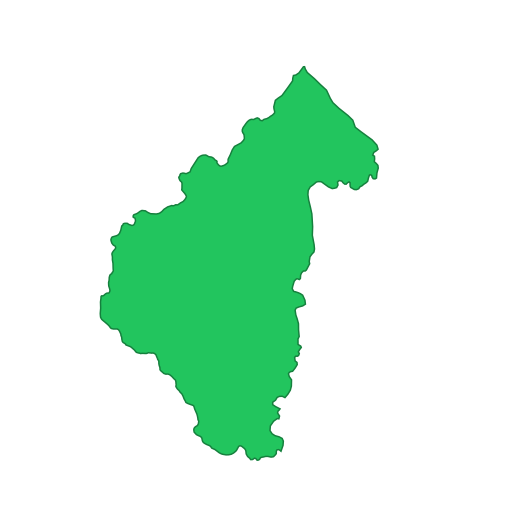 Santa Lucía, Canelones, Uruguay (orthographic projection), rotated 304°
{"feature_id": "84410073B26807855042192", "entity_name": "Santa Lucía", "entity_type": "district", "adm_level": 2, "iso_a3": "URY", "parent_name": "Uruguay", "parent_adm1": "Canelones", "projection": "orthographic", "projection_center": [-56.326, -34.428], "detail": "fine", "context": "isolated", "style": "filled", "palette": "green", "viewbox_px": 512, "rotation_deg": 304, "n_neighbors": 0, "source": "geoboundaries", "source_scale": "gbopen_adm2", "svg_char_len": 6087}
<svg xmlns="http://www.w3.org/2000/svg" viewBox="0 0 512 512"><g transform="rotate(304 256 256)"><path d="M173.2,354.7L174.6,351.0L176.6,348.7L178.2,348.7L179.5,349.4L180.9,350.8L185.0,351.1L189.0,350.9L190.7,349.5L190.9,347.1L193.6,344.7L195.2,345.0L196.3,346.6L197.7,346.9L199.4,346.4L200.2,344.7L202.4,344.5L205.5,344.7L206.3,343.5L206.2,340.3L210.7,337.2L213.4,336.8L218.4,332.7L223.6,329.1L226.9,325.3L229.4,322.0L233.0,318.7L235.2,318.4L237.6,319.9L240.7,322.6L243.7,323.9L246.7,321.3L249.6,316.6L249.6,313.9L249.2,311.6L248.5,309.1L247.7,307.0L249.2,304.3L251.6,303.3L256.4,301.8L258.5,302.0L259.9,302.5L260.4,303.5L260.7,305.1L262.1,305.4L265.3,303.6L267.7,303.2L270.1,303.7L271.0,305.1L272.5,305.6L279.6,304.8L281.2,303.2L285.5,301.2L288.6,301.3L291.7,301.8L294.5,300.6L297.9,297.8L304.7,291.1L311.9,286.6L322.1,278.8L327.0,273.7L331.7,268.5L335.9,264.7L339.6,262.6L343.6,262.3L347.1,263.6L351.1,264.7L352.4,265.9L354.1,268.6L353.8,277.4L354.5,281.5L356.2,283.3L357.8,284.6L360.7,284.3L362.9,282.2L365.0,282.7L366.1,285.2L365.4,287.2L365.2,289.4L366.0,290.6L367.8,290.9L369.5,291.7L369.4,292.9L366.5,295.0L365.8,296.2L366.1,300.3L367.1,302.1L369.1,303.5L371.6,303.5L373.4,304.6L375.9,305.3L378.2,306.3L380.4,306.8L383.8,305.5L386.6,304.8L387.5,305.7L387.3,307.1L386.2,308.3L385.6,310.0L386.5,311.6L388.0,312.3L392.5,309.8L397.2,308.2L399.3,306.4L400.0,303.8L400.3,301.4L402.8,300.1L405.0,298.4L404.9,296.4L407.7,295.7L410.5,296.9L412.8,297.5L415.5,294.2L417.2,287.3L417.7,273.9L418.2,266.3L422.7,260.3L423.9,253.7L424.8,242.2L426.1,234.0L428.2,229.5L432.9,221.7L434.2,213.1L435.6,205.6L436.8,195.9L438.5,192.4L440.1,190.4L439.4,189.5L431.8,189.2L428.3,187.8L426.6,186.1L423.9,187.1L421.6,188.4L412.9,188.2L403.5,187.8L399.3,186.1L395.9,185.0L389.7,187.3L388.1,188.6L386.1,190.8L384.7,191.4L381.9,190.8L379.8,189.8L378.3,189.4L376.0,188.2L373.7,186.2L371.6,185.5L370.9,183.7L371.6,181.6L371.2,179.8L369.5,178.6L368.0,177.9L366.6,175.6L365.0,174.5L362.7,173.8L360.2,173.6L355.3,173.5L353.1,174.0L351.8,174.8L350.9,176.0L349.9,178.2L347.9,179.9L346.4,180.9L344.6,180.9L341.4,180.4L334.8,176.9L330.8,177.0L325.5,178.1L321.0,178.7L320.0,179.1L318.9,180.0L317.5,180.4L314.4,179.4L313.0,178.6L311.0,177.0L310.5,176.0L310.5,174.2L311.0,172.5L311.5,171.5L311.9,171.0L312.5,170.9L312.9,170.1L312.7,168.6L313.3,166.2L313.3,164.9L313.1,163.7L312.0,161.5L311.8,160.1L311.8,158.7L311.5,157.7L310.0,155.7L308.7,154.6L307.0,153.7L305.1,153.1L292.3,153.4L288.9,154.3L285.6,152.4L284.9,151.5L284.5,150.2L283.8,148.9L282.1,147.5L281.0,147.5L279.9,148.0L278.7,147.9L277.9,148.1L277.0,149.2L276.0,150.9L275.7,152.9L274.9,154.0L270.5,156.9L269.7,157.2L269.2,157.7L268.0,162.0L267.2,163.9L266.8,164.6L266.1,165.2L265.0,165.4L263.1,165.5L260.4,165.1L257.8,163.7L254.9,162.6L254.4,162.2L253.6,160.8L251.7,159.7L251.1,159.0L250.8,158.0L247.3,155.3L243.3,153.6L240.1,153.1L237.3,152.0L235.1,149.9L232.1,144.9L231.6,141.7L231.6,139.1L230.0,136.0L228.4,135.0L225.1,133.8L223.9,133.1L222.0,131.7L221.1,131.6L219.6,132.3L219.5,133.2L219.7,134.4L219.5,134.8L218.2,136.1L217.2,136.7L214.3,137.3L213.5,137.2L212.9,137.0L211.9,136.0L211.0,132.7L211.0,132.2L211.2,131.5L211.1,131.1L210.5,130.0L209.5,128.7L208.7,128.1L208.4,128.0L207.0,128.3L205.8,127.9L201.8,129.5L198.4,130.2L196.4,129.9L194.9,129.1L191.8,126.5L191.2,126.1L190.0,126.1L188.6,126.5L187.7,127.2L186.1,129.2L185.3,131.5L185.4,133.9L184.8,134.7L184.0,135.2L182.8,135.3L180.7,135.0L178.5,135.0L177.1,135.4L174.9,137.5L172.5,139.1L170.0,141.5L165.4,144.8L164.2,145.8L163.1,146.2L161.9,146.0L160.7,146.3L159.2,145.6L158.0,145.7L156.2,146.3L153.7,147.8L151.6,148.6L149.8,149.9L148.8,150.7L146.8,153.2L145.5,154.4L143.6,154.8L142.9,154.6L142.0,153.3L141.4,152.9L140.4,152.4L138.0,151.8L137.3,151.3L136.5,150.2L135.5,150.3L134.5,151.0L130.9,152.8L125.9,156.4L121.3,159.0L120.0,160.0L118.4,161.3L117.6,162.6L117.2,163.6L117.0,165.0L116.3,171.4L115.8,173.7L115.1,175.4L115.0,176.6L115.8,178.7L117.9,181.8L118.0,183.1L117.7,184.2L117.1,185.3L115.7,187.6L114.6,188.5L113.6,190.0L111.7,191.6L110.4,193.0L110.0,194.2L110.1,196.4L110.0,197.3L109.6,197.6L109.6,198.2L110.6,202.5L110.6,203.5L110.1,207.7L109.3,210.2L109.3,211.0L109.9,212.9L110.3,213.6L110.6,214.9L111.6,216.0L113.7,219.4L114.3,220.0L115.6,220.8L117.2,223.9L117.9,224.7L118.3,225.7L118.4,226.6L118.2,228.2L116.9,230.1L115.9,231.7L115.3,232.3L114.8,233.7L114.1,234.5L112.4,235.7L111.0,237.1L110.2,238.2L109.5,239.0L108.4,239.7L107.8,240.5L107.6,241.4L107.1,245.3L107.6,247.2L108.8,248.9L109.1,249.8L109.3,250.9L109.1,253.5L108.3,256.8L108.2,258.1L107.9,258.8L106.8,260.1L106.0,260.6L104.8,261.7L103.1,262.5L102.6,263.3L101.8,265.2L101.4,267.6L100.7,269.1L100.2,271.7L99.0,273.9L97.2,276.5L96.3,278.4L95.5,279.6L95.4,280.1L95.6,281.9L96.2,284.5L96.9,287.1L96.9,288.0L96.5,288.8L94.9,290.7L91.9,295.4L90.7,296.8L89.0,298.5L88.4,299.0L87.8,299.5L87.2,300.7L86.5,301.2L84.4,302.1L83.5,302.2L82.3,302.1L80.7,301.3L79.8,301.1L78.8,301.0L77.7,301.3L76.9,301.8L75.4,303.2L74.6,306.5L74.9,308.7L75.3,310.6L75.1,312.3L74.5,313.2L72.9,314.8L72.4,315.6L72.0,316.6L71.9,317.8L72.1,320.3L72.7,323.0L72.8,324.2L72.6,325.2L72.0,326.7L72.6,330.3L72.3,335.5L72.6,338.0L73.1,339.5L74.4,342.4L76.0,344.6L77.9,346.4L80.2,347.6L82.9,348.4L84.3,348.5L88.2,348.1L89.2,348.4L89.9,349.2L90.2,350.3L90.2,351.5L90.0,352.8L90.0,353.8L89.7,354.9L89.2,356.0L88.6,356.7L86.4,358.6L85.1,361.2L84.8,364.1L84.2,365.4L85.0,366.6L85.6,367.1L87.3,367.7L87.7,368.0L87.9,369.2L87.7,370.2L87.4,370.6L87.4,371.1L87.8,371.8L89.3,372.7L91.0,372.5L91.5,372.7L92.4,373.3L93.3,374.3L95.3,376.1L96.5,377.9L97.7,380.9L99.0,382.4L99.6,382.8L102.4,383.3L103.5,383.3L105.2,382.2L106.2,381.8L107.0,381.8L107.5,382.3L108.2,383.1L108.3,384.1L108.1,385.9L114.1,384.3L117.8,382.2L119.4,379.7L119.0,376.2L117.7,372.3L117.6,368.8L119.1,365.2L123.2,362.9L128.9,363.0L133.1,364.5L133.8,366.0L136.5,365.0L137.9,361.7L139.6,361.0L141.6,361.4L142.7,361.4L142.1,356.5L142.1,353.0L144.1,351.6L147.4,352.8L150.6,352.6L152.6,353.8L154.4,356.2L154.8,359.2L159.2,359.7L163.9,359.5L167.9,358.1L173.2,354.7Z" fill="#22c55e" stroke="#15803d" stroke-width="1.5"/></g></svg>